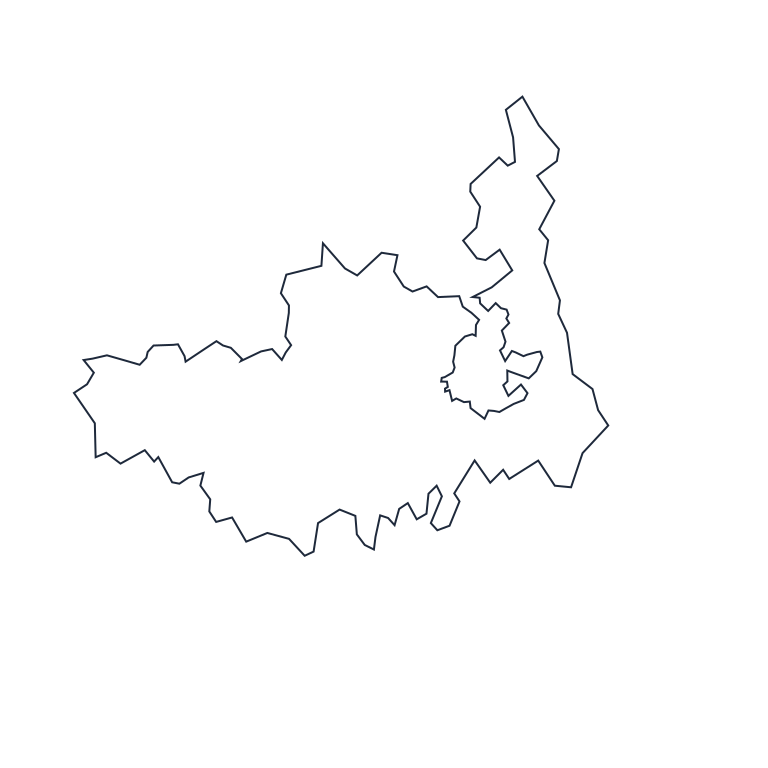 the district of Samarkand, Samarkand, Uzbekistan, rotated 55°
{"feature_id": "79887680B77379666017529", "entity_name": "Samarkand", "entity_type": "district", "adm_level": 2, "iso_a3": "UZB", "parent_name": "Uzbekistan", "parent_adm1": "Samarkand", "projection": "albers", "projection_center": [66.932, 39.559], "detail": "fine", "context": "isolated", "style": "outline", "palette": "slate", "viewbox_px": 768, "rotation_deg": 55, "n_neighbors": 0, "source": "geoboundaries", "source_scale": "gbopen_adm2", "svg_char_len": 2457}
<svg xmlns="http://www.w3.org/2000/svg" viewBox="0 0 768 768"><g transform="rotate(55 384 384)"><path d="M196.1,608.1L192.1,616.3L208.3,615.2L213.9,627.4L213.5,643.1L250.3,643.4L278.6,662.2L281.0,651.0L298.1,645.5L301.0,617.9L315.7,616.8L314.4,610.8L343.0,613.9L348.3,608.8L348.5,597.6L353.3,582.8L361.9,592.7L378.8,592.5L388.2,600.2L400.7,600.6L406.2,585.0L434.1,587.3L439.1,565.0L456.4,550.6L479.2,547.5L480.9,537.8L460.1,517.8L461.4,492.4L475.6,483.1L491.6,492.5L504.8,492.1L513.8,487.2L504.4,478.7L489.4,462.5L496.1,457.5L505.7,456.3L495.0,443.2L495.2,432.8L513.6,434.8L514.6,423.6L499.4,410.5L497.5,399.2L509.2,401.0L524.8,425.4L534.4,424.2L537.7,411.6L523.5,389.5L513.9,389.2L498.6,353.6L525.8,353.6L522.6,335.6L533.6,335.9L535.2,301.6L565.3,302.4L575.9,290.0L554.5,261.0L546.6,224.1L528.2,223.6L507.7,216.1L484.1,223.8L447.0,204.7L426.5,201.1L416.4,191.9L376.9,183.2L360.4,167.1L346.3,168.1L331.6,139.3L301.4,139.2L300.5,114.5L291.9,106.0L261.0,108.8L228.0,105.8L229.3,126.9L256.0,136.8L277.2,149.3L276.1,157.4L264.4,159.8L269.8,198.3L275.9,203.0L293.9,203.6L308.8,218.6L311.9,236.9L334.4,235.8L340.8,229.6L340.3,212.2L364.5,213.8L366.6,240.3L363.6,261.5L368.2,256.2L373.1,259.0L383.9,256.8L381.8,246.1L389.0,244.7L393.4,240.9L398.5,242.2L400.5,246.2L405.8,246.5L407.8,256.8L419.0,260.2L422.5,265.0L423.0,269.7L434.7,271.6L430.3,260.3L433.7,258.0L441.2,253.8L442.1,249.9L445.5,240.4L447.1,237.4L453.0,239.0L460.8,251.9L462.4,262.2L447.1,273.0L443.7,275.3L452.7,281.4L453.4,287.0L465.1,288.9L463.0,272.1L473.8,271.7L477.3,278.5L474.7,289.2L473.8,297.9L473.1,305.6L469.1,309.4L465.6,313.6L470.2,321.6L453.4,326.9L447.6,323.8L444.7,328.9L437.3,333.1L436.9,337.9L426.6,333.9L425.3,338.3L422.8,336.7L423.0,333.4L418.2,331.1L414.8,335.8L412.1,333.2L413.2,330.3L414.0,321.1L411.0,316.7L405.4,314.6L400.9,309.9L393.6,303.6L391.5,290.5L393.9,283.1L397.1,281.3L388.4,274.8L386.0,269.3L376.0,271.5L365.8,275.1L355.2,272.0L343.8,289.9L328.5,293.1L324.6,307.6L315.5,311.9L297.6,311.3L286.2,299.1L275.1,310.7L277.4,327.2L279.7,343.7L267.0,349.7L233.7,353.3L251.3,367.5L238.4,401.3L250.5,416.4L265.1,416.8L271.2,421.2L288.5,437.6L298.9,437.8L301.8,446.4L305.7,453.9L291.2,455.6L286.8,466.0L283.1,488.1L282.1,486.0L276.9,486.9L266.5,488.7L260.1,493.8L252.8,496.7L252.4,511.5L251.9,533.7L246.8,531.4L233.3,530.0L231.1,534.1L220.3,550.7L222.2,559.2L226.2,563.6L228.1,573.1L215.4,583.3L201.6,594.5L196.1,608.1Z" fill="none" stroke="#1e293b" stroke-width="2"/></g></svg>